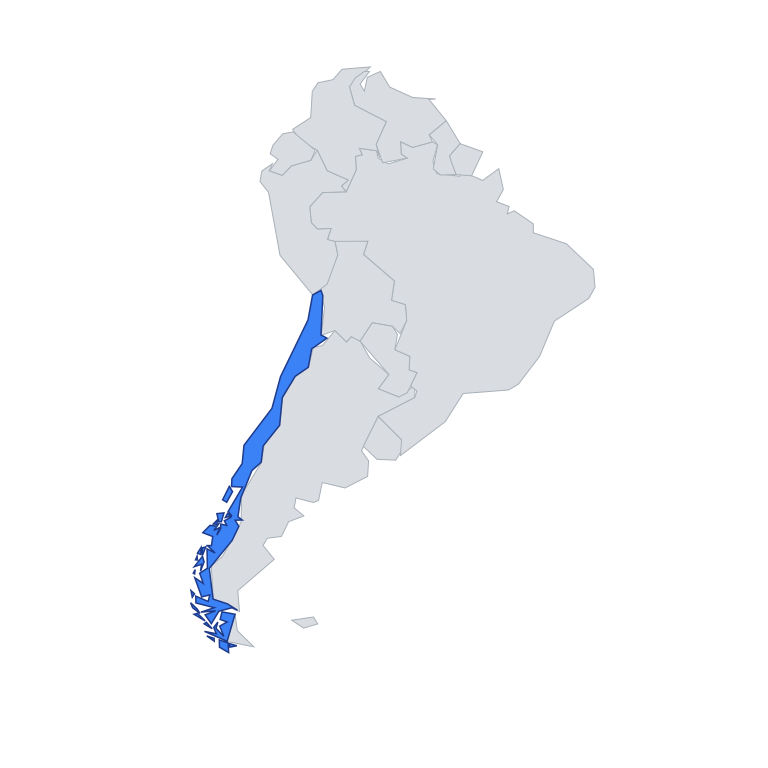 South America, with Chile highlighted, rotated 16°
{"feature_id": "CHL", "entity_name": "Chile", "entity_type": "country or territory", "adm_level": 0, "iso_a3": "CHL", "parent_name": "South America", "parent_adm1": "", "projection": "mercator", "projection_center": [-72.304, -36.699], "detail": "medium", "context": "in_parent", "style": "filled", "palette": "blue", "viewbox_px": 768, "rotation_deg": 16, "n_neighbors": 12, "source": "natural_earth", "source_scale": "50m", "svg_char_len": 5746}
<svg xmlns="http://www.w3.org/2000/svg" viewBox="0 0 768 768"><g transform="rotate(16 384 384)"><path d="M304.2,646.2L310.9,661.5L331.3,672.5L304.2,674.8L304.2,646.2ZM387.4,416.7L380.8,454.4L390.4,462.2L393.7,477.3L375.2,494.7L351.8,495.7L353.2,513.9L348.7,517.4L330.8,517.8L331.8,527.8L343.3,532.9L330.3,542.6L327.4,558.8L314.4,564.4L312.2,572.5L326.8,582.8L300.4,623.0L307.9,642.7L279.5,638.5L268.1,606.4L276.3,594.1L284.7,556.1L277.7,529.8L287.8,493.1L285.5,475.0L295.3,452.2L289.9,426.8L296.5,401.5L306.8,388.2L305.9,368.2L314.1,364.1L322.1,346.1L336.4,354.0L339.3,347.5L347.9,347.8L363.0,362.9L386.2,373.6L379.9,390.1L401.9,392.3L413.8,376.8L417.4,388.4L387.4,416.7Z" fill="#d9dde1" stroke="#a8b0b8" stroke-width="1"/><path d="M360.4,636.5L380.4,627.4L386.4,632.9L374.0,640.8L360.4,636.5Z" fill="#d9dde1" stroke="#a8b0b8" stroke-width="1"/><path d="M387.4,416.7L416.3,432.8L420.7,438.9L416.2,454.0L398.0,458.3L381.3,449.6L387.4,416.7Z" fill="#d9dde1" stroke="#a8b0b8" stroke-width="1"/><path d="M419.5,448.3L416.3,432.8L387.4,416.7L417.4,388.4L417.5,381.6L410.0,378.4L412.5,364.1L404.2,363.6L401.2,350.4L385.0,348.2L388.3,316.7L382.7,301.9L368.2,301.6L365.6,282.2L328.6,265.1L329.1,251.2L307.0,260.8L289.8,260.8L290.3,249.1L277.4,253.5L269.6,248.9L263.8,234.1L272.1,217.0L294.7,209.6L298.3,185.6L293.8,173.1L299.8,169.7L295.3,164.2L312.5,161.8L316.1,168.6L327.5,171.2L344.0,160.5L337.2,158.3L333.1,146.5L346.1,148.7L363.9,137.9L369.6,139.3L369.6,156.4L376.7,167.2L399.7,163.4L399.8,158.2L422.7,161.1L435.0,145.4L445.1,164.1L442.0,177.8L455.3,178.9L455.6,186.5L461.4,181.6L483.4,188.9L485.8,197.5L520.6,198.9L553.7,216.1L560.2,232.8L557.2,245.4L530.4,276.6L526.0,314.3L513.3,347.0L505.4,355.4L462.7,371.3L453.3,403.3L419.5,448.3Z" fill="#d9dde1" stroke="#a8b0b8" stroke-width="1"/><path d="M297.5,260.4L329.1,251.2L328.6,265.1L365.6,282.2L368.2,301.6L382.7,301.9L388.3,316.7L385.6,331.1L376.1,326.2L355.9,328.4L349.2,349.5L339.3,347.5L336.4,354.0L322.1,346.1L310.3,354.6L305.7,326.6L297.0,312.0L304.0,272.8L297.5,260.4Z" fill="#d9dde1" stroke="#a8b0b8" stroke-width="1"/><path d="M294.7,209.6L272.1,217.0L263.8,234.1L269.6,248.9L277.4,253.5L290.3,249.1L289.8,260.8L297.5,260.4L304.0,272.8L301.8,303.5L291.1,318.1L248.6,289.0L220.2,231.6L209.0,223.6L207.8,213.0L216.1,202.9L215.1,210.6L228.7,211.5L234.8,199.9L252.1,189.0L255.4,177.6L270.7,194.6L293.6,197.8L288.7,205.4L294.7,209.6Z" fill="#d9dde1" stroke="#a8b0b8" stroke-width="1"/><path d="M317.5,167.7L312.5,161.8L295.3,164.2L299.8,169.7L293.8,173.1L298.3,185.6L294.7,209.6L288.7,205.4L293.6,197.8L270.7,194.6L255.4,177.6L237.9,174.2L226.0,164.4L240.1,148.1L234.4,122.5L237.5,112.6L251.1,105.5L256.9,93.0L283.4,83.0L269.0,107.8L279.1,124.2L314.0,131.1L310.5,155.9L317.5,167.7Z" fill="#d9dde1" stroke="#a8b0b8" stroke-width="1"/><path d="M363.9,137.9L346.1,148.7L333.1,146.5L337.2,158.3L344.0,160.5L321.7,171.7L310.5,155.9L314.0,131.1L279.1,124.2L269.0,107.8L272.0,97.8L279.0,88.9L283.9,87.6L278.3,102.3L284.4,107.9L283.4,93.8L294.4,84.6L307.6,97.0L332.5,100.7L355.2,95.8L348.8,98.1L371.3,113.8L358.8,132.1L363.9,137.9Z" fill="#d9dde1" stroke="#a8b0b8" stroke-width="1"/><path d="M395.6,162.8L380.5,167.6L372.1,163.7L369.6,139.3L358.8,132.1L371.3,113.8L391.0,132.0L384.2,146.5L395.6,162.8Z" fill="#d9dde1" stroke="#a8b0b8" stroke-width="1"/><path d="M410.8,159.7L395.6,162.8L387.5,152.0L384.2,146.5L391.0,132.0L415.0,133.6L410.8,159.7Z" fill="#d9dde1" stroke="#a8b0b8" stroke-width="1"/><path d="M253.4,178.3L252.1,189.0L234.8,199.9L228.7,211.5L215.1,210.6L220.2,197.2L211.1,194.1L211.4,185.2L217.7,171.4L227.1,166.7L253.4,178.3Z" fill="#d9dde1" stroke="#a8b0b8" stroke-width="1"/><path d="M383.3,332.8L385.0,348.2L401.2,350.4L404.2,363.6L412.5,364.1L408.8,385.8L401.9,392.3L379.9,390.1L386.2,373.6L349.2,349.5L355.9,328.4L376.1,326.2L383.3,332.8Z" fill="#d9dde1" stroke="#a8b0b8" stroke-width="1"/><path d="M290.8,318.1L297.6,311.4L300.8,315.8L309.9,354.2L316.5,355.7L304.8,370.1L306.6,388.8L296.5,401.1L290.0,424.9L295.0,452.5L284.9,476.8L287.5,493.0L280.9,503.6L277.7,533.1L280.2,551.9L285.2,553.8L278.4,556.0L283.7,560.9L281.1,576.3L266.9,609.5L279.0,637.9L294.2,638.5L305.6,641.9L299.7,640.9L287.9,647.9L284.1,662.0L275.7,655.2L284.7,648.4L270.9,653.8L282.5,645.8L263.6,646.3L261.5,639.8L274.9,641.5L274.7,634.8L267.4,638.9L255.5,622.4L265.2,625.5L259.0,616.7L265.0,609.8L259.3,591.3L268.3,593.0L258.8,588.0L262.7,586.8L261.4,577.8L250.8,576.9L255.7,567.9L262.5,566.7L264.1,562.8L260.8,571.6L265.7,567.2L264.9,575.4L266.8,568.1L265.8,563.6L271.8,563.3L268.2,559.5L273.7,554.1L273.8,552.4L269.3,549.6L276.4,522.1L265.7,524.6L263.9,516.9L269.6,499.6L266.3,481.5L283.0,438.3L282.5,405.5L293.3,343.4L290.8,318.1ZM304.3,646.4L304.1,674.5L279.6,671.3L291.6,670.3L287.4,664.9L289.9,658.7L289.9,665.2L299.6,670.7L292.8,662.0L298.8,656.0L291.4,655.5L291.1,647.7L304.3,646.4ZM265.4,541.0L260.8,539.8L263.5,525.1L268.1,529.2L265.4,541.0ZM260.1,604.5L259.2,614.5L258.3,607.6L252.0,611.9L257.0,599.7L260.1,604.5ZM296.2,675.4L305.6,675.9L308.7,685.0L298.4,682.4L296.2,675.4ZM265.7,552.0L265.6,561.3L263.0,561.9L259.1,554.7L265.7,552.0ZM267.9,655.9L277.3,661.0L264.9,657.7L267.9,655.9ZM278.9,662.0L286.3,666.6L277.2,664.1L278.9,662.0ZM314.7,676.2L308.5,679.4L306.8,676.2L314.7,676.2ZM257.5,589.7L256.8,598.5L254.3,591.7L257.5,589.7ZM255.0,598.4L251.3,598.0L253.2,591.6L255.0,598.4ZM273.0,553.2L268.3,556.0L269.3,551.5L273.0,553.2ZM255.4,635.8L259.7,637.9L258.5,641.8L255.4,635.8ZM258.4,647.6L266.3,651.7L270.3,655.2L261.7,651.8L258.4,647.6ZM262.0,565.0L258.5,565.6L261.4,560.3L262.0,565.0ZM283.1,675.0L290.8,675.3L291.7,678.0L283.1,675.0ZM251.8,601.1L253.2,604.6L251.3,605.0L251.8,601.1ZM253.7,614.5L254.3,618.8L252.8,618.4L253.7,614.5Z" fill="#3b82f6" stroke="#1e3a8a" stroke-width="1.5"/></g></svg>